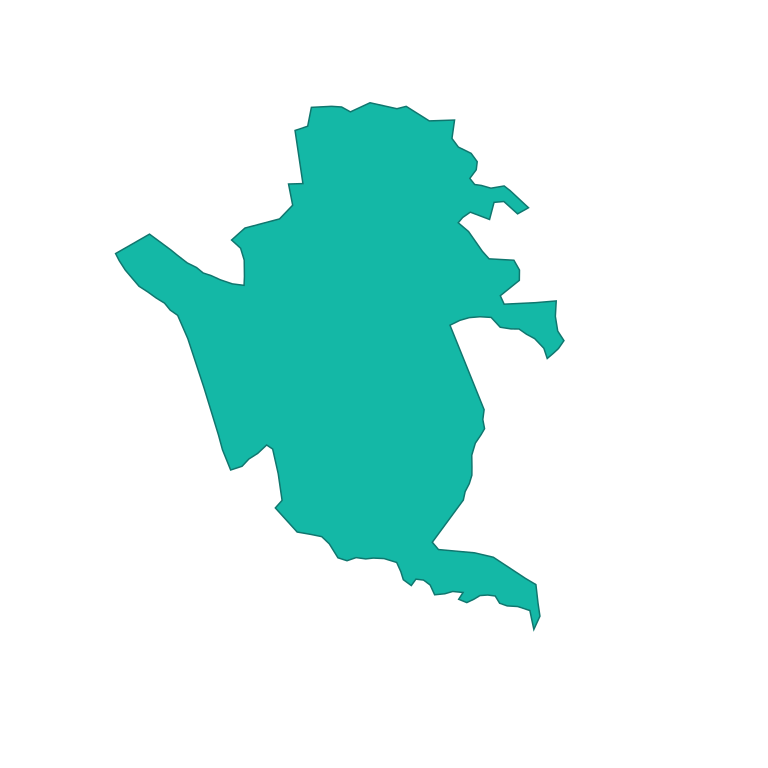 Cacique Doble, Rio Grande do Sul, Brazil, rotated 158°
{"feature_id": "56859067B35570736858884", "entity_name": "Cacique Doble", "entity_type": "district", "adm_level": 2, "iso_a3": "BRA", "parent_name": "Brazil", "parent_adm1": "Rio Grande do Sul", "projection": "robinson", "projection_center": [-51.686, -27.796], "detail": "fine", "context": "isolated", "style": "filled", "palette": "teal", "viewbox_px": 768, "rotation_deg": 158, "n_neighbors": 0, "source": "geoboundaries", "source_scale": "gbopen_adm2", "svg_char_len": 1995}
<svg xmlns="http://www.w3.org/2000/svg" viewBox="0 0 768 768"><g transform="rotate(158 384 384)"><path d="M352.9,132.1L343.4,127.6L333.6,119.3L335.2,110.6L337.0,100.3L326.4,110.3L323.3,123.1L318.3,141.1L325.7,150.8L347.5,182.4L363.2,193.5L395.5,210.1L398.5,219.2L353.9,246.7L349.1,253.8L342.3,259.6L336.7,266.5L333.6,274.0L329.3,285.1L321.5,294.9L312.9,300.7L307.5,304.9L305.7,314.0L300.8,322.7L300.8,413.8L289.8,414.6L280.1,413.6L269.8,410.4L259.7,405.6L255.0,393.1L245.6,387.5L238.2,384.4L233.2,376.7L227.3,369.6L222.4,357.2L223.1,346.5L215.3,349.1L209.0,351.5L200.9,356.8L203.1,368.0L199.8,382.5L193.2,396.5L213.2,402.7L242.7,413.0L243.1,422.3L219.7,429.4L215.7,438.9L217.2,450.1L239.7,460.7L243.1,470.2L248.5,493.7L254.8,505.7L248.7,508.9L239.6,511.0L224.5,497.0L213.9,511.2L204.5,508.3L196.4,491.7L184.0,493.3L194.6,516.0L198.4,522.6L211.5,525.5L219.3,531.6L225.2,535.0L227.4,542.5L218.2,548.1L214.3,555.2L216.8,565.2L226.3,575.8L229.0,586.2L219.7,602.3L243.5,611.0L259.4,633.1L268.9,634.4L291.6,650.0L313.2,648.9L319.5,656.7L328.6,661.1L347.7,667.7L358.2,651.6L371.5,652.4L384.1,600.2L397.6,605.2L401.7,584.0L419.0,576.2L454.5,580.7L471.4,574.6L466.1,563.6L467.2,551.2L473.2,535.8L476.8,527.9L487.2,533.7L496.8,542.0L503.5,549.1L510.1,554.7L514.1,562.1L521.1,570.0L527.6,581.2L531.2,587.8L545.3,610.8L584.0,605.5L583.3,597.6L581.2,586.5L577.4,575.0L574.5,566.3L568.5,557.8L562.9,548.9L557.2,541.2L554.5,532.5L549.6,525.0L548.9,499.6L552.3,448.0L556.6,398.5L558.4,383.6L558.4,361.7L546.4,360.9L537.3,365.1L527.0,367.0L515.7,371.4L511.6,365.4L515.7,340.4L522.1,314.3L531.2,309.8L520.0,279.3L508.1,271.9L498.9,265.8L494.6,256.3L491.8,240.1L484.5,234.0L474.9,233.5L466.5,228.7L459.1,226.6L449.3,222.1L439.1,213.8L438.7,203.8L439.4,195.3L434.2,186.9L427.5,191.1L420.8,187.4L416.5,180.3L416.0,169.6L406.1,166.7L398.0,165.9L388.8,161.1L395.4,156.4L389.1,150.3L381.0,150.8L374.3,151.9L366.9,149.5L360.3,145.8L358.9,137.4L352.9,132.1Z" fill="#14b8a6" stroke="#0f766e" stroke-width="1.5"/></g></svg>